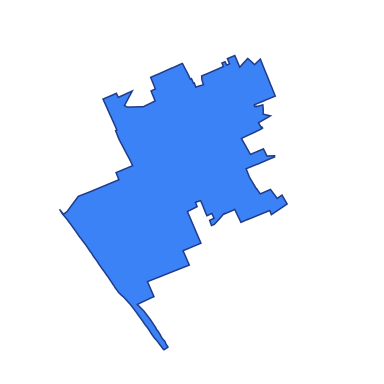 the district of Dzemul, Yucatán, Mexico, rotated 241°
{"feature_id": "50627088B35219806779119", "entity_name": "Dzemul", "entity_type": "district", "adm_level": 2, "iso_a3": "MEX", "parent_name": "Mexico", "parent_adm1": "Yucatán", "projection": "orthographic", "projection_center": [-89.351, 21.252], "detail": "fine", "context": "isolated", "style": "filled", "palette": "blue", "viewbox_px": 384, "rotation_deg": 241, "n_neighbors": 0, "source": "geoboundaries", "source_scale": "gbopen_adm2", "svg_char_len": 4161}
<svg xmlns="http://www.w3.org/2000/svg" viewBox="0 0 384 384"><g transform="rotate(241 192 192)"><path d="M118.9,108.0L135.2,109.6L129.4,154.2L145.0,155.7L142.9,175.0L154.7,176.2L177.1,178.5L176.7,189.4L181.3,190.0L180.3,195.3L175.4,194.9L169.5,194.1L164.0,193.5L163.6,199.0L158.3,198.5L158.7,193.7L153.2,192.8L152.9,195.9L155.4,203.5L157.2,208.3L157.5,209.6L157.1,209.5L156.2,218.2L156.1,219.6L156.1,220.9L141.7,220.1L141.1,227.4L140.9,227.3L140.4,231.5L138.1,251.0L133.7,250.4L134.8,263.3L135.4,269.4L145.7,269.2L145.1,263.4L156.2,261.9L157.0,253.3L157.3,250.8L162.5,250.2L163.3,250.2L163.3,249.9L176.7,249.4L186.1,250.6L185.0,260.1L184.5,263.1L183.5,273.5L182.6,281.2L183.7,281.8L187.1,275.0L190.7,275.2L193.6,275.3L195.1,275.4L196.6,261.3L214.9,261.2L214.8,263.6L214.5,267.6L213.8,277.1L213.7,279.4L213.5,283.0L213.7,284.7L214.9,284.6L214.8,283.9L219.9,283.7L220.3,283.7L220.4,288.1L220.6,297.5L225.6,292.0L225.8,292.1L229.8,294.4L233.9,296.2L235.4,289.6L236.0,289.7L236.4,288.3L238.0,288.7L237.9,290.4L236.8,299.6L236.7,301.4L236.5,303.0L236.2,305.3L236.1,306.7L235.8,308.6L235.7,309.7L235.6,310.6L235.5,311.3L246.6,312.7L246.8,312.6L249.4,313.0L253.7,313.6L253.9,313.6L257.1,314.0L259.1,314.2L259.3,314.2L263.3,314.7L267.4,315.2L275.1,316.2L273.1,308.5L276.1,307.5L281.8,305.5L280.9,302.8L280.0,300.1L279.5,298.5L278.0,294.3L290.6,295.6L290.7,294.7L291.1,291.1L291.3,289.5L291.5,287.6L285.9,287.0L286.2,283.8L289.9,284.1L290.3,280.7L286.5,280.4L287.4,270.3L287.5,269.5L287.6,268.6L287.9,265.4L287.9,265.1L288.1,263.2L288.4,260.4L288.6,259.1L288.6,258.9L288.8,256.7L287.2,255.9L285.9,255.3L285.7,255.2L284.5,254.9L283.7,254.7L280.2,254.0L280.5,252.9L281.1,250.3L281.4,248.9L281.9,246.2L286.3,246.8L286.4,246.0L291.4,246.5L291.5,245.2L296.2,245.6L298.8,245.7L300.7,245.7L307.8,245.9L309.1,245.9L309.2,245.6L309.8,238.0L310.1,234.7L310.3,233.8L310.4,232.5L311.3,221.7L311.6,218.1L311.9,216.5L312.0,214.9L312.2,212.3L312.3,211.5L312.2,211.5L312.1,211.4L303.8,210.4L299.9,209.9L300.2,205.2L296.4,204.7L293.5,204.4L289.5,203.9L290.2,190.7L290.7,189.8L292.6,186.2L294.7,182.1L295.0,181.6L297.0,177.8L297.6,176.6L298.5,176.0L300.4,174.8L301.1,176.0L309.3,188.7L309.4,187.4L309.5,186.3L309.6,185.2L309.7,184.1L309.9,182.1L309.9,181.0L310.0,179.9L310.1,178.8L310.2,177.8L310.3,176.7L310.4,175.0L310.5,173.4L315.0,173.7L315.5,168.1L316.4,159.2L306.2,158.4L304.6,158.2L288.6,156.9L282.6,156.3L282.7,154.9L275.0,153.9L273.0,153.7L248.6,153.2L243.8,152.8L245.8,135.0L238.2,134.0L241.8,101.7L243.1,92.2L243.4,90.6L236.5,75.5L235.4,73.1L234.9,68.8L240.1,67.9L241.1,67.8L238.1,67.9L237.0,68.0L235.2,68.1L234.8,68.2L234.0,68.4L232.0,68.8L229.4,69.3L227.9,69.6L226.1,69.7L222.3,70.3L218.6,70.7L213.6,71.3L212.1,71.4L211.4,71.5L210.9,71.6L209.5,71.7L207.9,71.9L207.1,71.9L205.6,72.3L204.1,72.4L202.8,72.6L200.6,72.9L198.9,73.2L196.5,73.6L195.6,73.5L194.8,73.7L193.4,73.8L192.2,73.9L190.9,74.0L188.7,74.2L187.6,74.5L186.7,74.6L185.6,74.5L184.1,74.6L183.3,74.7L182.8,74.6L182.2,74.9L181.4,74.9L179.9,75.1L179.5,75.1L178.7,75.3L177.6,75.4L177.3,75.4L175.6,75.5L174.9,75.5L173.7,75.6L172.2,75.8L171.0,75.9L169.4,76.1L168.5,76.1L167.9,76.3L166.7,76.4L165.7,76.6L164.3,76.7L163.0,76.9L162.5,76.9L161.9,77.0L160.4,77.1L158.9,77.4L156.0,77.6L153.4,77.8L152.9,77.9L151.5,78.0L150.9,78.0L150.5,78.0L149.7,78.0L148.9,78.2L148.3,78.3L147.5,78.4L146.3,78.3L145.4,78.4L144.7,78.4L143.8,78.6L142.2,78.9L141.3,78.9L140.4,79.0L139.7,79.1L139.1,79.2L138.6,79.4L137.8,79.7L135.9,80.2L134.4,80.8L133.5,81.2L132.4,81.4L131.7,81.7L130.6,81.9L129.6,82.1L128.7,82.4L126.9,82.7L125.8,83.0L125.0,83.2L124.3,83.4L122.9,83.6L121.3,83.9L118.6,84.3L113.6,85.0L109.5,85.4L106.0,85.9L102.6,86.3L101.2,86.4L99.5,86.5L94.7,87.3L91.3,87.6L88.6,87.7L87.2,87.8L85.2,88.0L84.0,88.2L82.1,88.4L80.9,88.8L79.4,89.1L77.9,89.4L75.3,89.7L73.7,89.9L72.0,90.2L70.1,90.4L68.6,90.6L68.2,90.9L67.6,91.0L67.7,92.2L67.7,93.3L67.8,94.0L67.9,95.1L68.0,95.8L69.0,95.8L70.6,95.6L71.4,95.5L73.3,95.7L74.1,95.9L75.1,95.8L76.6,95.3L79.4,94.9L82.5,95.0L83.4,95.0L87.8,94.7L88.5,94.4L89.3,94.3L90.1,94.5L91.0,94.5L100.0,93.8L111.2,92.2L120.2,89.7L119.2,105.4L118.9,108.0Z" fill="#3b82f6" stroke="#1e3a8a" stroke-width="1.5"/></g></svg>